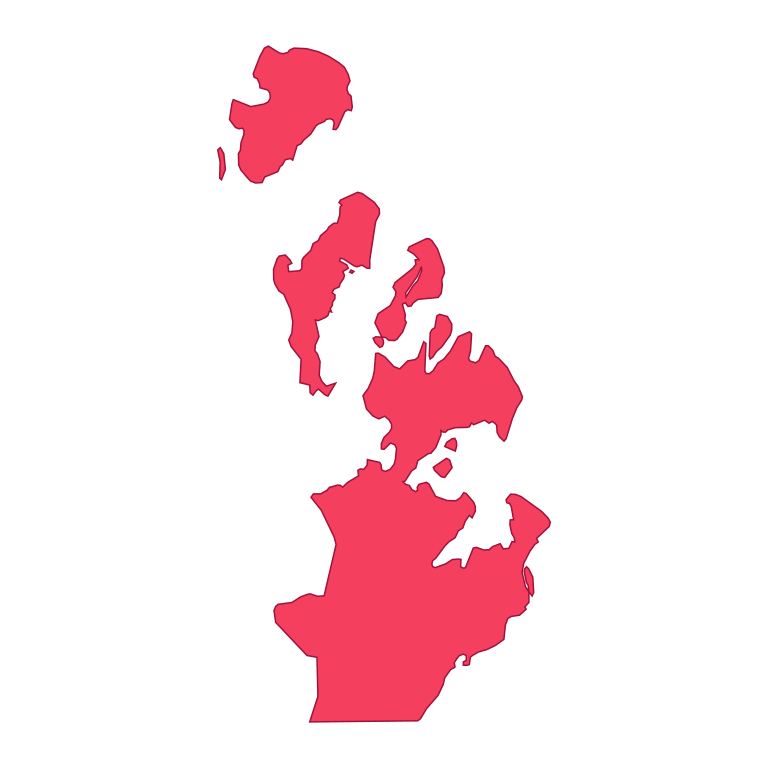 the district of Cururupu, Brazil
{"feature_id": "56859067B43503002903700", "entity_name": "Cururupu", "entity_type": "district", "adm_level": 2, "iso_a3": "BRA", "parent_name": "Brazil", "parent_adm1": "", "projection": "equal_earth", "projection_center": [-44.811, -1.604], "detail": "fine", "context": "isolated", "style": "filled", "palette": "rose", "viewbox_px": 768, "rotation_deg": 0, "n_neighbors": 0, "source": "geoboundaries", "source_scale": "gbopen_adm2", "svg_char_len": 6114}
<svg xmlns="http://www.w3.org/2000/svg" viewBox="0 0 768 768"><path d="M528.9,591.9L525.5,586.8L522.1,572.5L523.7,563.3L530.0,551.1L534.8,544.5L538.2,542.0L536.6,538.4L549.2,526.5L550.3,522.2L548.2,518.2L541.6,511.4L521.1,496.6L515.5,494.4L510.6,494.2L506.1,499.7L506.8,502.7L509.6,503.6L511.2,506.5L513.6,519.7L510.2,519.9L509.9,524.9L511.8,533.6L514.2,537.7L514.8,542.0L512.0,541.6L508.9,548.3L503.3,548.9L500.2,543.7L492.6,546.6L489.1,549.7L483.8,550.0L476.6,547.4L473.3,548.0L465.4,567.8L463.0,568.1L460.6,566.6L461.0,559.4L458.5,559.1L452.4,559.5L445.3,564.0L435.3,567.6L432.9,566.9L431.8,564.1L432.7,560.6L435.7,558.3L444.7,546.2L449.2,541.6L455.1,537.7L458.4,530.8L462.8,528.0L465.2,521.3L469.3,515.4L472.1,517.9L475.3,511.2L475.3,506.4L473.6,502.2L466.2,493.5L463.7,492.7L460.6,497.5L455.9,500.8L447.0,500.5L435.6,496.4L429.0,484.0L426.4,482.3L419.0,484.3L417.2,487.3L417.5,490.5L415.4,491.6L411.9,489.6L409.4,485.5L405.6,484.3L403.0,481.8L405.2,481.0L411.6,470.9L415.8,468.0L417.8,460.7L428.2,453.7L431.0,453.2L435.8,447.5L441.0,434.7L441.0,430.5L443.0,432.1L445.6,432.1L447.8,429.9L455.1,427.7L466.9,427.4L469.4,426.8L471.6,423.0L473.6,424.7L484.6,420.2L489.0,423.2L492.2,421.5L494.8,423.2L496.7,425.3L497.1,432.5L499.5,437.0L504.0,441.2L506.1,438.8L512.5,418.2L516.8,407.8L521.6,400.2L522.4,396.7L518.3,386.8L514.0,380.7L507.2,367.4L498.5,358.2L495.2,356.3L492.8,350.3L488.4,345.8L485.6,345.7L479.0,360.5L475.6,362.8L470.0,361.0L468.5,358.3L470.5,351.2L471.6,333.9L469.7,331.8L458.3,336.6L450.5,351.0L443.8,359.1L438.0,362.9L433.1,370.7L429.3,373.7L426.1,373.6L424.8,370.6L426.0,343.5L423.7,341.7L418.0,357.4L415.1,359.6L407.7,360.9L399.7,368.9L393.9,366.6L385.1,357.1L378.3,353.1L375.7,353.4L374.3,370.9L372.8,378.1L368.3,388.2L363.0,395.6L366.5,409.0L372.8,415.9L378.8,418.9L384.7,416.2L389.0,419.8L391.5,424.1L391.6,428.3L389.4,432.1L383.9,437.6L381.3,443.7L381.4,449.0L384.2,449.3L390.5,443.0L394.7,444.7L396.5,448.2L395.4,459.6L394.0,464.5L390.3,469.2L385.3,471.5L381.6,469.8L381.1,464.8L379.7,462.4L367.4,459.6L367.2,465.0L365.5,467.3L363.6,469.4L360.3,468.9L357.9,470.3L358.5,475.9L348.0,482.1L342.7,487.1L340.1,485.2L337.6,485.1L329.4,487.4L327.1,490.2L320.6,493.9L313.4,493.9L311.0,497.3L321.2,510.1L334.1,536.9L336.1,544.5L324.1,595.8L317.6,596.3L310.3,593.9L307.5,594.3L300.4,597.0L291.9,602.5L278.1,604.3L275.7,606.4L274.0,610.7L275.7,622.4L307.0,655.5L317.0,657.3L317.9,696.5L309.7,721.9L417.8,720.8L420.6,718.6L426.5,708.7L438.1,695.3L443.2,684.5L444.7,677.9L450.6,669.6L455.0,667.1L454.3,662.5L458.8,656.0L463.1,654.1L466.2,655.5L466.3,660.3L463.4,661.9L463.3,665.2L467.2,665.3L469.3,664.5L470.4,657.1L472.5,655.5L478.2,652.1L487.5,649.3L495.6,645.3L503.9,639.3L505.4,625.0L507.9,618.4L511.4,616.4L519.5,615.2L526.2,609.2L524.8,607.0L528.9,602.4L528.9,591.9ZM279.4,53.0L268.4,46.1L264.4,48.1L259.8,56.6L253.2,73.8L254.2,77.3L257.3,78.7L259.5,83.7L260.0,87.8L267.7,90.0L269.9,92.9L270.3,98.3L268.0,102.1L263.8,104.1L250.8,106.6L233.3,99.6L231.9,103.9L229.5,119.5L235.4,127.4L238.8,128.8L242.6,128.2L244.1,130.8L243.7,134.9L241.0,142.7L240.4,150.2L238.4,153.7L238.7,165.0L240.8,169.9L247.9,178.3L250.6,181.1L255.5,183.0L262.1,182.6L264.7,177.0L277.9,171.6L280.2,166.5L282.4,164.9L285.2,159.8L290.3,158.5L292.7,160.2L297.1,145.6L300.9,143.9L304.1,139.7L310.6,134.2L316.1,125.7L318.5,124.0L324.3,121.5L326.4,119.3L330.1,118.7L332.8,119.8L334.2,122.6L333.1,129.3L335.9,129.6L338.0,127.0L344.7,111.9L347.6,109.7L351.3,110.7L352.3,106.9L351.0,96.0L348.3,93.5L347.0,89.5L347.4,86.3L350.0,81.0L348.3,74.6L344.3,67.2L339.1,62.9L328.5,56.2L318.5,51.8L306.8,48.7L294.1,48.1L289.6,50.0L287.9,52.4L283.3,53.7L279.4,53.0ZM291.2,346.7L301.1,359.2L299.9,382.7L309.8,385.1L310.1,392.7L313.0,395.2L316.3,390.6L318.7,389.2L324.8,394.7L327.9,396.1L335.7,383.1L326.4,386.2L321.9,381.5L319.2,375.2L320.1,361.6L317.5,354.1L314.9,350.7L315.3,345.1L319.0,336.6L315.3,319.9L318.2,320.7L325.5,317.4L327.9,315.6L329.3,311.2L331.5,312.0L330.3,308.8L332.4,305.1L332.6,302.0L334.9,298.8L335.0,294.9L332.1,292.7L333.8,289.3L339.3,286.8L339.9,284.0L343.6,278.4L344.5,275.3L342.8,271.6L348.3,268.3L346.7,264.8L339.6,261.0L340.4,258.2L343.6,259.0L354.0,265.8L357.1,266.8L361.9,265.1L367.1,268.2L369.8,268.3L369.8,259.6L375.2,224.4L375.9,221.0L379.5,214.0L379.3,209.0L374.2,202.2L362.1,193.5L357.6,192.3L340.6,200.0L339.0,202.5L341.9,205.0L340.1,207.0L339.8,214.7L337.4,223.1L333.7,223.3L328.9,227.0L327.0,230.2L320.6,235.6L318.3,240.6L313.1,243.6L310.8,250.4L303.4,257.6L301.9,260.6L301.8,268.6L299.4,270.8L288.7,271.6L287.9,265.2L291.8,263.3L290.1,260.1L285.3,255.0L279.4,256.0L277.1,258.8L273.5,269.4L273.7,279.5L274.8,283.7L278.9,290.9L283.8,294.3L290.5,309.4L292.8,321.6L291.9,333.0L288.7,340.0L291.2,346.7ZM381.9,337.2L385.6,337.5L388.7,340.3L394.5,340.6L397.0,339.2L402.7,331.9L406.3,322.3L404.9,319.9L405.3,314.8L402.4,304.2L405.2,302.7L408.0,306.4L411.2,306.0L413.2,302.9L417.9,299.4L438.2,297.4L441.2,293.4L442.3,285.6L441.8,279.3L444.4,273.0L443.9,267.3L437.5,248.9L432.1,240.9L429.3,238.8L426.6,238.6L409.3,246.8L407.7,250.3L414.0,254.2L418.9,259.6L415.1,259.9L415.9,264.3L412.5,268.6L395.1,282.5L393.0,287.2L396.0,291.8L395.4,295.9L390.2,305.6L378.1,313.7L374.9,322.8L381.9,337.2ZM421.6,270.9L417.8,280.5L412.7,286.3L406.1,296.9L405.6,293.1L417.3,276.4L421.5,266.7L421.6,270.9ZM432.7,357.2L436.8,351.2L441.7,347.0L450.2,335.2L451.7,330.0L451.8,324.1L447.4,316.5L439.6,314.3L436.9,315.9L434.8,327.7L431.8,329.7L430.2,332.9L429.2,356.0L430.1,359.1L432.7,357.2ZM444.8,477.4L452.1,467.6L449.7,460.1L446.5,458.3L433.3,467.3L434.6,470.4L441.3,476.8L444.8,477.4ZM528.9,591.9L532.1,596.0L533.7,592.5L532.8,577.1L528.6,568.7L526.6,566.7L524.8,568.8L524.2,571.7L526.3,582.1L528.2,585.5L528.9,591.9ZM221.5,179.8L225.4,169.3L223.8,153.7L220.3,147.6L217.7,149.9L220.1,161.8L219.7,178.2L221.5,179.8ZM456.7,445.9L456.4,441.5L454.8,438.3L452.0,438.8L446.8,442.3L444.7,446.5L455.3,451.1L456.7,445.9ZM381.9,337.2L375.7,336.8L373.1,338.3L375.1,342.6L379.6,347.3L382.2,346.5L383.5,343.7L383.4,340.6L381.9,337.2ZM353.9,271.4L351.0,270.0L349.7,272.2L352.1,273.3L353.9,271.4Z" fill="#f43f5e" stroke="#9f1239" stroke-width="1.5"/></svg>